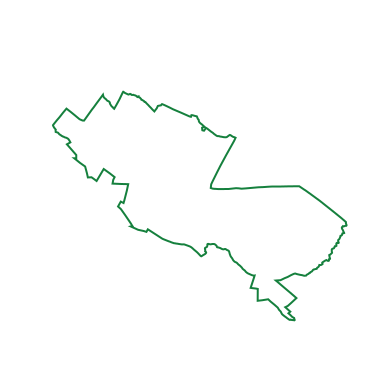 outline of Moiben, Rift Valley, Kenya, rotated 297°
{"feature_id": "3690345B75198444085036", "entity_name": "Moiben", "entity_type": "district", "adm_level": 2, "iso_a3": "KEN", "parent_name": "Kenya", "parent_adm1": "Rift Valley", "projection": "natural_earth1", "projection_center": [35.398, 0.724], "detail": "fine", "context": "isolated", "style": "outline", "palette": "green", "viewbox_px": 384, "rotation_deg": 297, "n_neighbors": 0, "source": "geoboundaries", "source_scale": "gbopen_adm2", "svg_char_len": 6067}
<svg xmlns="http://www.w3.org/2000/svg" viewBox="0 0 384 384"><g transform="rotate(297 192 192)"><path d="M235.1,342.8L236.6,336.8L238.6,327.4L242.2,309.7L245.0,292.0L245.0,291.4L245.8,284.9L243.9,281.3L241.7,277.0L236.6,267.5L233.3,261.0L231.4,257.7L228.8,253.4L226.4,249.1L219.7,238.4L217.4,234.6L216.5,232.0L215.4,229.5L211.2,223.1L206.5,214.0L205.2,210.9L204.9,210.4L204.7,209.7L204.4,209.0L204.1,206.9L207.6,205.6L211.0,205.5L221.1,205.4L228.3,205.4L240.6,205.7L256.3,206.3L258.3,206.3L259.0,206.2L260.1,206.2L260.1,205.2L259.8,203.7L259.9,202.0L260.1,200.9L260.1,200.4L260.0,199.8L259.6,199.5L256.8,198.1L256.4,197.7L256.0,197.1L255.3,195.5L254.5,192.7L254.2,192.1L254.0,190.5L253.7,190.1L253.3,189.1L253.3,188.2L253.8,185.0L254.2,183.7L254.4,181.8L255.4,176.8L255.5,175.4L252.1,174.9L251.8,173.8L251.7,173.2L252.7,172.5L253.9,171.8L254.6,172.4L255.7,173.7L256.8,169.8L256.9,168.8L257.1,168.2L257.3,167.4L257.7,166.6L258.2,166.0L259.4,165.1L259.8,164.0L260.3,163.4L261.0,162.7L261.6,161.9L261.2,160.5L260.7,157.8L260.5,157.3L260.2,156.6L258.5,156.9L258.2,155.4L257.7,146.2L257.1,137.5L257.1,134.2L257.0,130.0L256.9,127.4L256.7,125.4L255.9,125.1L255.1,125.0L254.6,124.3L253.6,123.0L253.1,122.5L250.4,122.6L249.6,122.4L246.7,121.9L247.3,120.0L247.7,118.8L248.3,117.3L249.0,115.1L249.6,113.6L250.0,112.3L250.6,110.5L250.9,110.0L251.0,109.4L250.7,108.8L251.0,108.3L251.3,107.7L251.3,107.0L251.3,106.4L251.4,105.9L251.2,105.1L251.7,104.6L251.9,103.9L252.2,103.3L252.4,102.6L252.3,102.1L252.4,101.4L253.0,101.0L252.6,100.5L251.9,100.3L251.9,99.8L252.2,99.0L252.3,98.4L252.3,97.7L252.2,97.2L252.0,96.5L252.0,95.7L251.2,94.5L251.1,93.8L251.4,93.2L251.3,92.3L250.8,91.9L250.0,91.2L249.9,90.7L249.9,90.2L249.8,87.6L249.9,86.4L250.1,85.9L250.1,85.2L249.6,85.1L241.7,85.3L234.9,85.1L230.8,84.9L230.9,84.2L231.6,82.8L231.7,82.0L232.1,81.0L233.4,78.9L233.8,78.5L234.5,78.1L234.8,77.3L235.0,76.5L234.9,75.7L234.9,75.1L235.1,74.4L235.6,73.3L235.8,72.2L236.1,71.1L236.4,70.4L236.9,69.7L237.8,68.9L238.3,68.5L234.0,67.8L227.5,66.7L223.0,66.0L219.9,65.4L206.6,63.4L206.0,62.0L205.8,58.8L206.7,54.8L207.1,53.1L208.3,47.5L209.3,42.3L204.1,41.1L198.5,40.0L194.4,39.0L192.0,38.5L189.6,38.0L188.4,37.8L187.9,38.3L187.4,39.0L186.7,40.0L186.5,40.6L186.1,41.4L185.7,42.3L185.1,42.4L184.6,42.7L183.6,43.3L183.9,44.8L184.0,45.8L183.3,47.4L183.1,48.0L183.2,48.6L183.1,49.3L182.9,49.9L182.8,50.5L182.9,51.1L182.8,51.9L183.0,52.5L182.9,53.4L183.0,54.3L183.2,55.1L183.3,55.7L183.2,56.6L183.2,57.3L183.0,57.9L182.2,59.4L181.0,61.1L177.7,58.9L172.4,72.1L169.2,73.7L169.0,72.6L168.6,71.8L167.1,79.0L166.2,85.2L161.0,89.9L157.7,92.6L159.5,95.8L159.1,98.5L158.5,102.0L172.4,102.9L171.3,110.2L170.1,116.3L167.1,116.3L163.4,117.4L167.1,125.5L169.6,130.7L170.0,131.6L163.7,133.3L153.9,135.5L151.1,136.0L151.1,132.9L145.5,132.7L144.5,136.4L141.2,142.7L136.1,152.0L135.1,153.5L134.6,154.4L133.5,153.1L133.8,159.7L133.8,160.5L133.9,161.3L135.3,166.6L135.8,169.5L138.7,169.6L136.9,186.9L137.0,188.2L137.2,190.4L137.5,193.6L137.7,194.7L137.8,196.4L138.2,199.3L138.6,200.2L138.8,201.1L139.3,202.4L139.8,204.1L140.7,206.8L141.0,207.4L141.4,208.0L141.8,209.0L142.3,212.9L142.5,214.7L142.5,215.7L142.4,216.7L142.0,218.4L141.6,219.7L140.7,223.6L140.3,224.9L139.7,226.6L139.0,228.5L138.9,229.4L139.4,229.8L140.7,230.5L142.7,231.8L143.2,232.0L143.7,232.1L144.3,232.2L144.8,231.8L145.1,230.6L145.8,230.4L146.4,230.1L147.0,229.5L147.7,229.1L148.2,229.1L149.8,230.2L151.2,230.1L151.6,229.8L152.2,229.5L152.7,229.5L153.1,229.9L153.7,232.1L154.0,232.6L154.8,233.6L155.2,234.3L155.5,234.9L155.7,235.4L155.8,236.0L155.7,236.5L155.5,237.4L155.3,238.2L154.3,239.2L154.2,239.7L154.5,240.2L154.9,242.8L154.8,244.2L154.9,245.1L155.1,245.9L155.6,246.6L156.1,247.1L156.4,247.8L156.2,249.4L156.3,251.0L156.1,251.7L155.7,252.2L153.9,253.8L152.9,254.9L152.5,255.3L152.1,255.9L151.7,256.7L151.4,257.3L151.2,257.8L150.1,259.4L149.8,259.9L149.3,261.4L149.2,262.3L149.3,263.1L149.3,263.8L149.1,264.6L148.5,266.1L148.1,268.3L147.3,270.7L146.9,271.4L146.6,271.9L146.4,272.7L146.1,274.2L146.0,274.8L145.3,276.2L145.2,276.8L145.0,277.6L144.9,278.4L144.9,279.3L145.0,281.2L145.1,283.0L145.4,284.5L145.7,285.3L146.0,285.7L144.5,286.0L142.0,286.4L133.2,287.8L133.7,289.3L135.0,292.8L135.5,294.6L125.5,299.6L124.9,299.9L127.5,303.8L131.0,308.6L130.1,311.6L129.0,316.6L127.9,320.9L127.2,322.0L126.5,323.1L125.8,325.2L125.2,326.1L124.6,326.8L124.1,327.6L123.8,328.5L123.3,331.0L123.0,333.1L122.8,333.8L122.4,336.6L122.5,337.4L123.1,337.8L123.2,338.7L123.4,339.5L123.7,339.9L123.9,340.6L124.1,341.4L124.6,341.6L125.2,341.0L125.5,340.6L126.1,340.2L126.2,338.0L127.1,335.4L127.7,333.0L130.0,333.9L131.7,327.4L134.0,329.1L138.1,330.7L144.9,333.2L145.7,330.1L151.2,306.9L152.0,308.2L153.6,310.9L157.3,313.7L159.7,315.8L162.9,318.0L165.2,319.8L166.2,320.9L166.5,322.8L167.3,326.0L167.9,327.9L168.3,330.0L169.3,331.6L170.5,331.9L171.1,332.3L171.6,332.7L172.0,333.0L173.3,333.4L173.6,333.9L174.4,334.0L175.1,334.5L175.7,334.9L176.2,335.0L177.4,335.2L178.1,335.5L178.6,336.2L179.3,336.8L179.6,337.3L180.2,338.0L181.3,337.9L181.7,338.1L182.2,338.5L183.2,338.8L183.7,338.7L184.2,338.7L184.8,338.6L185.1,339.5L185.9,340.4L186.6,340.8L187.2,341.0L187.5,340.5L188.2,340.1L188.9,340.4L190.1,341.1L190.5,341.3L191.1,341.7L191.5,341.9L192.4,342.7L192.3,343.8L192.4,344.6L192.9,345.1L193.6,345.0L194.3,344.6L195.0,345.3L195.4,345.2L196.4,344.2L198.1,342.9L198.6,343.2L199.0,343.6L201.4,344.4L201.9,344.1L202.4,343.6L204.1,342.7L204.8,342.7L205.4,343.1L206.0,343.8L206.4,344.0L207.3,344.0L207.9,343.9L208.5,343.9L208.8,344.6L209.6,345.1L210.4,344.7L211.1,344.2L211.8,344.0L212.4,344.2L212.7,345.1L213.1,345.7L213.7,345.6L214.2,344.8L215.0,344.3L215.6,344.1L216.8,344.6L218.3,344.6L219.1,344.5L220.4,344.2L220.8,344.7L221.5,345.1L222.2,345.1L222.8,344.9L223.3,344.8L223.7,345.1L224.1,345.8L224.5,346.2L225.0,345.8L225.2,345.1L226.0,344.4L226.5,343.8L227.3,342.5L227.9,341.9L228.5,341.6L229.0,341.7L229.6,341.9L230.1,342.0L230.0,342.6L231.8,344.3L232.0,344.8L232.6,344.8L233.4,344.0L233.9,343.4L235.1,342.8Z" fill="none" stroke="#15803d" stroke-width="2"/></g></svg>